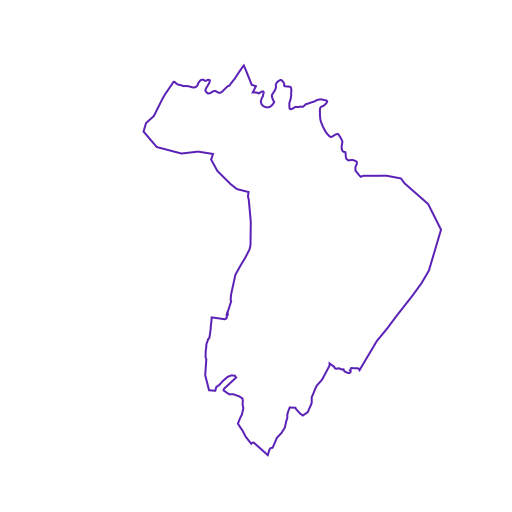 the district of Mártir de Cuilapan, Guerrero, Mexico, rotated 28°
{"feature_id": "50627088B19885629704089", "entity_name": "Mártir de Cuilapan", "entity_type": "district", "adm_level": 2, "iso_a3": "MEX", "parent_name": "Mexico", "parent_adm1": "Guerrero", "projection": "natural_earth1", "projection_center": [-99.386, 17.807], "detail": "fine", "context": "isolated", "style": "outline", "palette": "violet", "viewbox_px": 512, "rotation_deg": 28, "n_neighbors": 0, "source": "geoboundaries", "source_scale": "gbopen_adm2", "svg_char_len": 6027}
<svg xmlns="http://www.w3.org/2000/svg" viewBox="0 0 512 512"><g transform="rotate(28 256 256)"><path d="M286.1,122.4L285.7,122.4L284.4,122.9L283.9,122.9L283.1,122.6L281.8,121.7L281.1,120.6L280.0,118.8L279.0,115.4L278.6,114.6L278.0,113.9L276.3,112.6L274.1,111.2L272.4,110.3L271.7,109.8L271.1,109.9L270.4,110.1L270.0,110.6L269.3,111.3L268.4,112.7L267.4,114.5L267.0,115.1L266.7,115.4L266.4,115.7L265.8,115.9L265.1,115.8L263.7,115.5L262.6,115.1L261.8,114.9L261.3,114.6L260.9,114.5L259.1,113.6L254.8,110.7L252.8,109.1L250.2,106.9L248.4,104.8L246.7,102.2L245.1,99.3L244.1,97.6L243.4,95.9L243.2,94.9L243.3,94.1L243.6,93.5L244.0,93.0L244.8,92.1L245.4,91.0L246.1,89.1L246.3,88.1L246.4,87.4L246.4,86.7L246.4,86.3L246.1,85.9L245.4,85.7L244.7,85.7L244.1,85.9L243.4,86.2L242.9,86.4L242.4,86.5L241.0,86.7L240.5,86.9L238.9,87.7L237.8,88.6L236.7,89.6L236.2,90.2L235.2,92.0L234.3,92.8L233.3,93.9L232.0,95.2L230.3,97.1L229.8,97.6L228.9,98.3L228.6,98.8L228.2,100.2L227.6,101.7L227.4,102.2L227.1,102.4L226.4,102.6L224.4,103.8L223.8,104.4L223.2,104.8L222.5,105.1L222.0,105.3L220.9,105.8L220.5,106.3L219.6,107.9L218.5,109.4L217.9,110.0L217.4,110.2L216.8,110.2L216.0,109.6L214.6,107.1L213.8,105.6L213.4,104.2L213.1,102.2L213.1,101.7L212.7,100.9L212.2,99.3L211.4,97.0L210.5,95.7L210.3,95.3L210.1,94.4L209.7,93.5L209.2,92.7L208.5,91.7L207.8,90.9L207.1,90.6L206.3,90.7L202.5,92.3L201.5,92.6L201.1,92.6L200.8,92.2L200.5,91.8L200.4,91.2L200.0,90.7L199.3,90.1L197.9,89.4L196.7,89.0L195.7,88.7L195.3,88.9L195.0,89.1L194.3,90.0L193.6,91.2L193.2,92.2L192.9,94.0L192.9,94.5L193.0,95.3L193.3,96.0L193.7,96.5L194.3,97.3L194.5,98.0L194.8,99.6L194.9,101.5L194.5,105.2L194.5,106.4L194.9,107.2L195.8,108.5L198.5,110.7L199.7,111.4L199.8,112.0L199.7,113.5L199.2,115.7L198.4,117.5L197.7,118.4L197.2,118.9L195.5,119.8L194.1,120.1L193.0,120.2L191.5,120.1L190.8,119.9L190.0,119.5L189.3,119.1L188.3,118.1L187.9,117.7L187.6,117.1L187.0,113.8L187.1,111.7L187.0,111.3L186.6,110.3L186.1,108.1L185.8,107.7L185.6,107.5L185.4,107.4L184.8,107.5L184.4,107.6L184.0,108.1L183.4,108.8L183.0,109.4L182.6,110.5L182.3,110.9L182.0,111.2L181.7,111.3L181.2,111.1L180.8,111.1L179.8,111.6L179.4,111.6L177.9,112.2L176.4,113.1L176.2,106.1L171.9,106.9L159.1,96.1L155.8,93.5L155.3,96.2L155.0,98.8L154.2,106.2L154.1,108.8L152.8,115.7L152.7,116.7L152.7,117.8L151.7,119.0L151.2,119.8L150.7,121.1L149.3,125.7L148.8,127.2L148.1,128.3L147.5,128.9L146.6,129.3L146.1,129.4L142.7,129.4L142.3,129.6L141.7,129.9L141.1,130.4L140.4,131.4L139.5,133.1L138.7,134.1L138.2,134.5L137.0,135.1L136.4,135.0L135.2,134.5L134.5,134.3L133.9,134.0L133.6,133.5L133.3,132.8L133.2,132.1L133.2,130.7L133.5,125.7L133.3,124.2L133.1,123.3L132.9,122.7L132.6,122.5L132.3,122.4L131.9,122.5L131.0,123.0L130.4,123.5L129.6,124.7L129.1,125.1L128.8,125.3L128.4,125.3L127.9,125.2L127.5,125.1L127.0,125.1L126.3,125.3L125.7,125.6L125.0,126.2L124.6,126.8L124.3,127.6L123.9,130.0L123.9,131.1L124.2,131.9L124.2,132.5L124.2,133.2L124.0,133.9L123.7,134.7L123.1,135.5L122.2,136.3L121.0,136.9L119.4,137.2L118.5,137.4L116.4,137.9L115.5,138.3L113.6,139.2L112.4,139.9L111.6,140.2L110.9,140.2L110.0,140.3L107.0,141.2L105.6,141.2L104.5,141.1L103.6,140.9L102.6,140.5L101.5,140.8L99.8,155.9L99.6,161.3L100.1,180.3L96.5,190.3L98.3,198.9L117.2,206.4L142.1,200.5L155.9,191.0L170.1,186.1L170.9,190.6L171.0,191.8L181.9,199.0L199.9,204.5L206.7,205.7L208.1,205.8L219.4,203.0L221.0,207.3L223.2,209.7L235.3,228.2L246.1,249.1L247.2,253.4L247.3,262.2L246.8,272.5L246.6,281.6L246.8,282.9L252.1,301.8L254.2,306.7L255.3,307.5L257.0,316.9L257.1,317.9L257.2,318.3L257.1,318.9L257.3,319.0L257.3,319.3L257.0,319.8L256.6,320.1L257.4,319.8L257.4,320.0L257.8,320.0L257.8,320.5L258.4,320.6L258.7,321.0L258.1,321.4L257.8,321.8L258.2,322.0L258.4,322.3L258.7,323.3L258.9,323.6L258.9,323.8L259.0,323.9L258.9,324.5L259.1,325.3L257.8,326.6L257.7,326.8L257.3,326.8L245.7,331.0L247.7,335.6L249.0,339.1L250.3,341.9L252.0,346.5L253.3,350.5L252.8,351.7L253.7,357.5L254.7,359.4L256.1,363.3L259.0,369.1L260.6,370.5L267.1,385.1L277.6,396.6L283.3,394.1L282.5,390.3L284.2,386.8L285.3,382.2L287.7,376.0L290.3,373.0L293.5,371.6L295.5,372.6L290.1,388.3L290.4,389.9L297.3,390.7L300.6,388.8L306.9,387.8L310.9,388.1L312.4,390.1L313.8,393.3L316.3,396.4L318.0,402.5L318.1,407.0L318.7,412.5L324.6,415.8L325.8,416.3L329.7,419.0L331.5,420.3L339.9,424.0L340.2,423.0L340.7,422.4L341.6,421.8L359.9,426.3L359.6,424.4L359.3,423.5L358.8,420.6L358.9,419.4L359.5,418.3L360.7,417.5L359.8,406.7L361.6,400.2L362.0,394.0L360.8,389.6L360.3,387.9L359.6,384.1L358.2,381.6L357.6,379.2L357.3,377.4L356.9,373.9L362.0,371.5L363.6,372.5L366.8,373.7L368.3,374.2L370.0,374.5L372.2,374.9L375.0,369.6L374.6,364.8L374.4,361.1L374.1,359.5L373.5,358.3L371.5,354.5L371.0,348.6L370.8,347.6L370.5,342.0L372.2,334.9L372.4,333.0L372.4,318.4L371.4,316.3L372.9,316.6L373.9,316.7L374.7,316.7L375.2,316.7L375.8,317.1L376.0,317.1L376.3,317.2L376.6,317.1L377.1,317.1L377.5,317.6L377.8,317.8L378.8,318.0L379.3,318.1L379.7,318.0L380.4,317.4L381.0,316.9L381.2,316.6L381.4,316.5L381.6,316.5L382.0,316.5L382.4,316.2L382.5,316.1L382.8,316.2L383.2,316.1L383.6,316.1L383.8,316.1L384.3,316.1L384.5,315.9L385.0,315.9L385.4,315.7L386.0,315.1L386.4,315.0L386.5,315.4L386.7,315.5L387.1,315.7L387.4,315.7L387.5,315.7L387.7,315.8L388.1,316.2L388.4,316.4L388.7,316.4L389.3,316.3L390.7,316.2L392.2,316.1L392.8,315.9L393.1,315.7L394.0,314.4L394.0,314.1L393.8,313.5L393.6,313.1L393.2,312.8L392.9,312.8L392.6,312.8L392.8,310.8L392.7,310.2L395.8,308.8L398.4,307.4L399.4,307.3L401.0,308.2L402.6,274.4L406.0,257.6L408.1,243.6L412.7,217.9L414.9,202.2L415.5,187.7L407.0,145.9L383.6,129.3L353.1,122.1L347.5,119.5L333.9,123.7L313.1,134.8L311.3,136.9L308.3,135.9L307.5,135.5L304.1,134.1L303.9,134.0L303.6,133.7L302.7,132.1L302.4,131.5L302.0,130.6L301.8,127.6L301.6,127.0L301.4,126.4L301.0,125.9L300.6,125.5L300.4,125.4L299.9,125.4L299.2,125.4L297.6,125.6L296.1,125.9L294.9,126.6L293.2,127.9L292.7,128.2L292.3,128.2L292.1,128.2L290.7,127.9L289.9,127.5L289.5,127.2L288.9,126.5L287.0,123.4L286.7,123.0L286.1,122.4Z" fill="none" stroke="#5b21b6" stroke-width="2"/></g></svg>